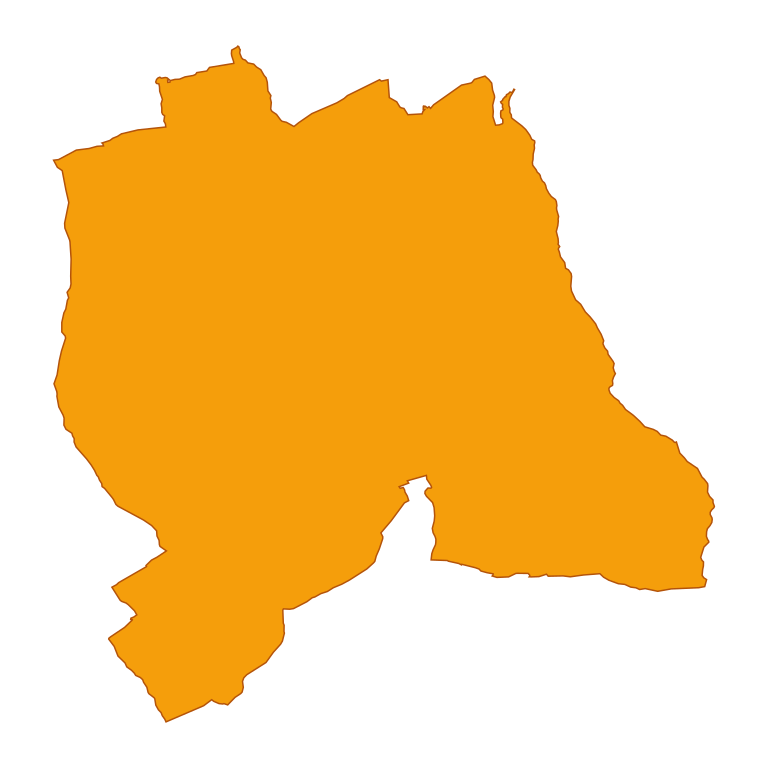 the district of Glavile, Vâlcea, Romania
{"feature_id": "2599482B20741019236133", "entity_name": "Glavile", "entity_type": "district", "adm_level": 2, "iso_a3": "ROU", "parent_name": "Romania", "parent_adm1": "Vâlcea", "projection": "equal_earth", "projection_center": [24.125, 44.814], "detail": "fine", "context": "isolated", "style": "filled", "palette": "amber", "viewbox_px": 768, "rotation_deg": 0, "n_neighbors": 0, "source": "geoboundaries", "source_scale": "gbopen_adm2", "svg_char_len": 6005}
<svg xmlns="http://www.w3.org/2000/svg" viewBox="0 0 768 768"><path d="M227.7,704.9L235.1,697.3L240.7,693.6L242.1,692.1L243.3,687.4L242.5,681.4L243.8,677.8L246.8,674.7L266.0,662.5L273.4,652.2L280.6,644.2L282.4,641.1L284.4,633.1L284.0,631.5L284.1,625.2L283.3,623.2L282.8,610.1L283.4,608.9L289.7,609.2L293.5,608.6L306.9,601.7L312.3,597.7L314.8,597.0L320.9,593.6L327.4,591.5L333.4,587.7L341.8,584.2L349.7,579.9L366.9,568.9L373.4,563.0L374.8,561.4L376.2,556.1L379.3,548.9L382.7,538.7L382.8,536.8L380.9,532.9L391.1,520.9L404.4,502.9L408.7,500.6L407.3,496.1L405.0,492.1L404.5,489.7L403.2,487.5L400.2,488.3L399.1,486.7L408.7,483.1L407.3,480.8L426.4,475.4L426.8,479.2L430.8,485.2L431.6,487.3L430.9,488.2L428.0,488.0L427.3,488.7L425.1,491.2L424.9,493.5L426.5,496.3L432.6,502.6L434.1,507.6L434.7,515.9L434.2,521.2L432.3,528.4L433.1,532.7L435.1,536.6L435.9,539.3L435.8,542.5L435.5,544.7L433.1,549.8L431.8,553.7L431.1,559.9L447.2,560.5L448.4,561.2L458.8,563.5L461.5,564.9L461.8,564.3L475.3,567.7L479.0,569.0L480.9,571.0L487.0,572.7L493.1,573.8L493.1,574.8L492.2,576.0L496.9,577.4L508.6,576.9L515.9,573.4L517.4,573.3L528.1,573.4L529.6,575.0L529.8,576.0L529.2,576.8L531.3,576.9L539.0,576.6L546.5,574.2L548.2,576.2L563.0,575.9L570.3,576.8L583.4,575.0L599.9,573.7L603.6,577.2L609.0,580.3L618.3,583.7L624.8,584.4L630.7,587.1L636.0,587.8L639.6,589.5L645.2,588.6L657.7,591.3L671.2,588.9L698.8,587.7L704.7,586.6L706.6,579.6L703.8,577.8L702.1,575.4L702.7,569.3L703.4,566.0L703.5,561.9L701.8,560.1L700.7,557.4L703.9,547.1L708.8,542.2L708.7,541.1L707.6,539.5L706.4,536.4L706.6,531.7L707.4,528.7L710.0,525.6L711.8,522.5L712.2,519.6L712.0,517.9L710.2,514.5L710.2,512.3L711.7,509.9L713.9,507.7L714.4,506.4L713.0,502.5L713.0,500.0L709.6,496.4L707.5,492.1L707.9,485.8L707.6,483.6L704.2,479.2L702.0,477.1L697.5,468.5L687.2,461.5L684.5,458.0L679.8,453.1L676.4,442.0L675.2,442.5L674.3,442.2L672.3,440.1L665.9,436.2L660.7,435.1L657.2,431.4L653.3,429.4L644.8,426.8L639.8,421.3L633.3,415.3L625.5,409.5L622.6,405.3L620.0,403.1L618.7,400.8L614.1,397.5L610.2,393.3L609.0,390.1L608.9,388.3L610.0,386.8L612.5,385.4L612.8,383.7L612.4,380.6L613.6,377.0L615.4,373.6L614.2,371.3L613.2,367.8L614.1,363.6L613.0,361.3L608.1,354.4L607.6,351.2L604.8,347.9L603.1,344.2L603.0,343.1L603.7,340.8L603.5,340.2L601.1,334.2L597.4,327.9L595.6,323.8L590.2,317.0L585.3,311.9L580.7,304.3L575.6,299.8L571.5,291.0L570.8,286.2L571.6,276.5L571.1,273.5L568.4,269.8L565.6,268.3L564.7,262.6L560.5,256.9L559.3,251.9L558.3,249.3L558.6,248.0L559.7,246.6L558.0,244.1L558.4,242.8L558.1,238.7L556.3,231.5L557.8,225.6L558.3,221.1L558.1,219.1L558.6,216.5L556.7,209.9L556.5,207.9L556.9,205.5L556.3,201.5L555.4,199.6L551.3,196.5L548.8,193.2L546.4,188.7L545.7,185.5L544.5,182.9L542.4,181.1L540.7,177.8L540.2,175.5L539.4,174.1L537.2,172.1L536.2,169.9L532.7,165.2L532.4,162.4L533.0,159.5L533.2,154.1L534.5,148.3L534.2,145.0L534.8,142.6L534.6,140.9L531.7,139.3L529.8,135.2L525.8,129.6L521.9,125.9L512.0,118.3L511.5,117.6L511.3,114.9L509.8,112.3L509.9,108.3L508.9,105.5L508.9,101.3L510.2,97.0L514.6,89.6L513.9,89.2L512.2,92.5L510.0,92.0L508.4,93.7L506.6,94.6L506.3,95.1L506.5,95.8L505.7,96.3L505.7,96.8L505.0,96.8L502.7,99.4L502.6,100.3L500.6,101.9L501.4,103.4L502.6,104.3L502.4,107.2L503.2,108.9L502.8,109.9L500.9,110.9L500.6,113.1L500.8,117.0L501.2,117.9L502.7,119.2L502.9,122.9L502.4,123.7L499.2,124.9L495.6,125.2L492.9,116.6L493.3,111.6L492.7,105.2L494.6,97.4L494.4,95.5L492.6,90.1L491.7,83.1L488.8,79.5L485.0,76.1L474.4,79.4L471.9,82.5L470.7,83.1L461.5,85.1L433.6,104.8L430.6,108.4L429.0,106.7L427.4,107.9L425.4,106.3L424.0,106.1L424.3,106.7L423.3,106.7L423.2,109.7L424.6,109.6L422.8,111.7L422.1,113.9L407.9,114.7L404.0,108.5L401.2,107.8L399.8,106.9L396.7,101.8L389.3,97.6L388.0,79.7L381.4,81.1L379.6,79.7L347.4,95.6L344.1,98.5L336.9,102.8L311.9,113.6L298.7,122.7L294.0,126.5L286.4,122.3L282.1,121.3L280.7,120.1L276.5,114.4L271.9,111.3L270.7,109.1L271.3,102.5L270.3,98.1L270.9,95.6L267.9,90.9L267.3,82.3L266.1,77.8L264.1,75.5L260.8,69.7L256.5,67.0L253.7,64.1L247.9,62.9L245.4,60.1L243.0,59.3L241.6,57.8L239.7,53.0L240.2,49.7L239.4,48.6L238.8,46.7L237.8,46.1L236.8,47.3L231.7,50.1L231.4,53.5L231.7,55.7L233.6,61.6L233.8,63.4L209.5,67.4L206.8,71.0L196.8,72.6L195.5,74.5L193.1,75.5L185.0,76.9L179.4,79.2L174.9,79.4L170.2,80.6L169.9,82.2L167.8,82.4L167.6,80.1L169.4,79.8L167.0,77.8L165.3,77.5L161.3,78.2L159.9,77.2L158.1,77.9L156.6,79.4L155.7,82.0L156.5,83.4L158.9,83.9L159.5,86.9L159.7,91.3L162.4,99.4L161.1,103.8L161.8,107.9L161.8,112.4L162.7,114.4L164.6,115.8L163.9,121.1L165.4,123.8L165.8,127.0L138.0,129.9L121.5,133.8L117.4,136.4L112.7,138.3L110.0,140.4L102.0,143.0L102.9,143.8L103.5,145.9L97.0,146.3L89.1,148.5L76.3,150.1L58.5,159.6L53.6,160.2L57.4,167.3L62.2,170.6L65.9,189.9L68.8,202.6L64.6,223.3L64.9,228.1L69.6,240.0L70.0,241.9L71.1,259.1L70.7,276.3L71.0,284.0L70.2,287.9L67.1,292.3L68.7,297.9L67.4,300.3L65.8,309.1L63.9,312.9L61.8,322.5L61.8,332.0L65.2,336.0L65.6,338.2L61.5,351.0L59.3,360.7L57.1,374.9L54.0,383.8L56.8,391.6L57.1,394.1L56.9,396.3L58.8,406.9L63.1,415.1L64.1,418.1L63.9,425.1L66.0,429.3L71.9,433.2L72.6,435.9L74.2,438.6L74.1,442.0L76.1,447.0L86.6,458.9L91.2,465.0L94.5,470.3L96.9,475.4L98.2,476.7L99.5,480.1L101.7,483.5L102.1,486.6L104.6,488.4L112.0,497.4L113.5,499.5L115.9,504.4L117.9,506.2L143.5,520.0L151.6,525.5L156.6,530.8L157.0,536.0L159.1,540.4L159.4,544.7L160.0,546.4L166.4,550.9L157.0,557.2L151.5,560.1L146.0,565.5L146.5,566.6L118.7,582.6L116.5,584.7L111.9,587.2L120.2,600.3L121.7,601.4L126.0,603.0L128.2,604.6L134.5,610.8L136.8,614.9L133.8,617.0L130.9,618.2L130.7,619.4L131.9,619.5L132.3,619.8L132.0,620.3L124.6,627.4L110.5,636.9L108.8,638.3L108.7,639.1L114.2,646.4L118.0,656.1L125.0,662.9L126.8,666.9L131.4,670.2L134.2,673.0L135.7,675.4L140.3,677.5L142.7,679.7L143.6,682.3L146.9,687.3L148.1,692.4L149.0,693.8L154.2,697.8L154.8,698.9L155.8,705.1L158.4,709.8L161.1,712.6L162.3,715.7L164.8,719.2L166.0,721.9L203.7,705.7L211.7,699.7L213.7,701.3L219.0,703.6L222.9,704.0L223.9,703.6L227.7,704.9Z" fill="#f59e0b" stroke="#b45309" stroke-width="1.5"/></svg>